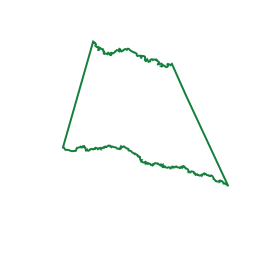 the district of Bermejo, Formosa, Argentina, rotated 156°
{"feature_id": "61730980B55817879292044", "entity_name": "Bermejo", "entity_type": "district", "adm_level": 2, "iso_a3": "ARG", "parent_name": "Argentina", "parent_adm1": "Formosa", "projection": "natural_earth1", "projection_center": [-61.415, -23.947], "detail": "fine", "context": "isolated", "style": "outline", "palette": "green", "viewbox_px": 256, "rotation_deg": 156, "n_neighbors": 0, "source": "geoboundaries", "source_scale": "gbopen_adm2", "svg_char_len": 5714}
<svg xmlns="http://www.w3.org/2000/svg" viewBox="0 0 256 256"><g transform="rotate(156 128 128)"><path d="M60.1,35.9L61.8,134.6L61.8,168.7L63.7,168.1L64.1,169.0L64.6,169.3L65.5,170.3L66.0,170.2L66.3,169.9L66.3,168.4L66.6,168.1L67.5,167.9L68.4,168.2L68.7,168.5L69.2,169.6L70.1,170.9L71.8,170.5L72.3,170.5L72.7,171.0L71.7,171.2L71.2,172.1L71.1,173.0L72.5,173.5L74.0,173.6L74.8,174.0L74.7,174.2L74.4,174.4L73.3,174.1L73.1,174.2L72.9,175.3L73.2,176.3L73.7,176.8L74.0,177.6L73.9,178.1L74.3,179.0L75.0,178.8L75.3,179.4L76.3,180.0L77.7,180.0L77.9,180.8L78.2,181.1L78.9,181.2L79.6,181.3L80.0,181.1L80.4,180.1L80.6,179.9L81.2,180.1L82.3,180.1L82.6,183.0L84.1,181.9L84.6,181.9L84.8,182.4L84.8,183.4L83.5,186.2L83.8,186.7L84.4,187.3L85.4,187.9L86.1,187.8L87.3,186.8L87.6,187.1L87.4,187.8L86.7,188.0L86.5,188.5L88.2,189.5L90.0,189.9L90.3,190.3L90.4,191.0L89.9,192.1L90.1,192.7L90.9,193.9L91.6,194.4L91.7,194.7L92.0,194.7L92.7,195.8L93.5,196.6L94.4,198.1L94.8,199.0L94.8,199.5L95.3,200.1L95.9,200.5L96.3,200.6L97.2,199.9L98.2,201.1L98.9,201.3L99.9,201.0L100.7,201.0L101.3,200.7L102.3,200.6L103.0,200.7L103.1,200.9L103.1,201.2L103.2,201.5L103.0,202.3L103.4,203.7L103.7,203.9L103.9,203.7L103.9,202.8L104.2,202.5L104.2,201.9L104.7,201.5L105.3,202.4L105.4,203.0L106.7,203.7L107.9,203.2L108.4,203.3L108.6,203.1L108.6,202.9L111.0,202.2L111.8,202.5L111.9,202.9L112.3,203.3L112.9,203.6L113.1,203.4L113.1,202.6L113.4,201.8L114.0,201.5L114.6,202.0L114.5,202.5L114.9,203.0L115.0,204.1L115.5,204.8L115.7,204.7L116.4,203.9L116.7,203.7L117.9,205.1L118.8,205.3L119.1,205.6L119.5,205.4L119.9,205.9L119.8,206.4L119.1,206.9L118.7,207.6L118.7,207.8L119.1,208.2L119.3,208.6L119.2,209.4L118.9,210.1L119.8,210.7L121.1,212.6L121.5,212.6L121.6,212.0L122.1,211.4L123.1,211.2L123.4,211.2L123.5,211.3L123.0,212.3L122.5,212.8L122.0,213.9L122.2,214.1L122.5,214.0L123.6,214.7L123.9,215.5L124.4,216.3L124.2,216.7L123.8,216.8L123.3,217.3L123.3,218.0L123.5,219.2L124.0,219.8L124.7,219.7L124.9,219.5L125.3,219.6L125.2,220.2L124.6,220.2L124.4,220.4L124.4,220.6L124.7,221.1L195.9,136.0L195.1,136.4L194.8,136.0L194.5,135.9L194.2,133.9L193.7,133.3L191.5,132.3L189.4,130.2L188.8,129.7L187.3,129.1L186.7,129.1L185.6,128.5L184.7,128.5L184.1,129.2L183.8,129.4L183.4,130.1L182.7,130.6L181.8,130.3L180.8,130.3L179.5,129.8L178.8,130.2L178.5,129.9L178.2,129.0L178.0,128.9L177.4,129.0L176.8,129.4L176.3,129.3L176.2,129.6L175.4,129.3L175.4,128.9L176.2,128.8L176.3,128.7L176.0,128.3L175.6,128.2L175.1,127.6L175.3,127.2L175.1,126.9L175.1,126.2L175.2,125.6L174.9,125.2L175.5,125.0L175.6,124.7L175.3,124.6L175.0,124.8L174.7,124.5L174.1,124.7L174.1,124.2L174.4,124.0L173.5,123.6L173.3,123.3L172.0,123.4L171.4,123.9L170.1,123.8L169.5,123.6L169.4,123.3L169.0,122.9L168.7,122.9L168.5,122.7L168.2,122.9L166.8,122.3L166.3,123.1L165.9,123.2L165.4,123.0L165.3,122.7L164.9,122.2L163.9,121.6L163.9,121.4L164.1,121.1L164.1,120.9L163.6,121.0L163.3,121.3L162.7,121.0L162.3,121.2L162.0,120.7L161.6,120.4L161.4,119.9L161.0,120.5L160.8,120.2L160.0,120.5L159.9,120.4L159.9,120.1L159.7,119.9L158.3,120.0L157.8,119.7L156.9,119.9L156.9,120.1L157.2,120.2L157.2,120.4L156.5,120.3L156.1,120.1L155.9,119.6L155.7,119.4L153.3,119.9L151.7,119.3L151.5,118.8L151.7,118.4L151.7,118.1L151.2,117.9L150.9,117.4L150.6,117.7L150.2,117.7L148.7,116.2L147.3,115.4L146.5,114.5L146.3,113.6L145.4,113.0L144.8,112.8L144.4,112.2L144.1,112.0L143.1,112.1L143.1,112.3L143.5,112.8L142.8,113.3L142.3,113.0L141.7,114.0L141.5,113.7L141.6,113.1L141.3,112.8L140.1,112.8L139.6,113.0L139.3,112.9L138.9,112.4L138.4,111.3L137.7,110.2L137.0,109.5L136.5,109.2L136.2,108.8L136.2,108.5L136.5,108.3L136.6,107.3L135.6,106.6L134.5,105.5L134.1,104.0L133.0,102.5L132.7,102.0L132.6,101.6L132.0,101.8L131.7,101.1L130.6,99.9L130.6,99.1L130.2,98.8L130.0,98.5L130.1,98.2L130.5,98.0L130.5,97.9L129.9,97.4L129.3,97.3L129.0,97.0L128.8,96.4L129.4,95.5L129.5,94.5L129.2,93.6L128.6,93.2L129.0,93.0L129.0,92.2L129.6,92.6L129.6,92.0L129.4,91.7L129.1,91.7L128.5,90.7L128.1,90.3L126.7,89.9L126.6,88.7L126.0,89.1L125.9,90.0L125.7,90.0L125.5,89.0L125.8,88.4L125.8,88.1L125.7,88.0L124.4,88.2L123.6,87.3L124.4,87.3L124.4,87.1L123.2,86.9L122.7,86.7L122.3,86.0L122.3,85.2L121.6,84.6L119.9,84.8L119.9,84.5L120.4,84.2L120.5,83.9L119.8,84.0L119.4,84.6L118.8,84.5L118.1,84.9L116.9,84.6L116.4,83.9L115.2,83.5L115.1,83.3L115.2,82.9L113.9,81.4L113.8,81.0L113.1,81.4L112.5,81.1L112.5,80.7L113.0,80.3L112.8,79.9L112.3,79.8L111.9,79.3L111.5,80.1L111.2,80.2L111.4,79.6L112.3,78.6L112.2,78.1L111.6,77.9L111.4,78.1L111.3,78.7L111.2,78.8L110.7,77.5L110.4,77.4L109.9,77.8L109.6,76.8L108.7,76.0L108.0,75.6L107.1,75.7L106.1,75.2L105.9,74.9L105.7,73.8L105.4,73.7L104.8,74.4L104.0,74.2L103.6,74.5L103.4,74.4L103.1,73.5L102.8,73.4L102.5,73.9L103.0,74.2L102.9,74.5L101.3,73.1L100.9,73.3L99.6,73.3L99.1,72.2L98.0,71.5L96.7,70.2L96.4,70.2L96.5,70.7L96.4,70.8L95.7,70.7L95.2,70.2L95.1,70.9L94.9,70.9L94.3,70.0L93.4,70.7L92.9,70.7L92.7,70.1L92.2,69.8L92.5,69.1L91.7,68.3L91.7,67.5L90.8,66.9L90.2,65.6L90.0,64.4L90.8,63.4L90.8,63.0L89.9,62.7L89.4,62.3L89.0,62.3L88.8,62.1L88.2,62.5L87.7,62.6L86.1,61.5L85.8,60.7L86.0,59.8L85.9,59.7L85.5,59.7L85.1,58.7L85.5,58.2L85.4,57.8L85.1,57.6L83.8,57.7L83.6,56.8L82.8,56.5L82.2,55.5L81.1,55.3L80.7,54.9L79.8,55.3L79.7,55.2L79.7,54.6L78.8,55.2L76.7,55.6L76.5,55.4L76.4,54.9L77.1,55.0L77.3,54.9L77.2,54.6L75.7,54.3L75.1,52.9L73.9,52.3L73.8,51.8L73.3,51.5L72.9,50.9L72.4,50.6L71.7,50.9L71.2,50.7L70.7,50.2L70.5,49.7L70.3,47.9L70.3,46.8L70.5,46.5L70.0,46.1L69.8,44.8L69.2,43.5L68.9,43.3L68.6,43.3L68.1,42.7L67.4,42.4L65.4,42.6L65.3,42.3L65.7,41.7L64.8,41.9L64.3,41.8L63.8,41.2L63.4,40.4L63.5,40.0L63.3,39.4L63.3,38.4L63.1,38.3L62.7,38.7L61.7,37.2L60.5,36.0L60.6,35.2L60.3,34.9L60.1,34.9L60.1,35.9Z" fill="none" stroke="#15803d" stroke-width="2"/></g></svg>